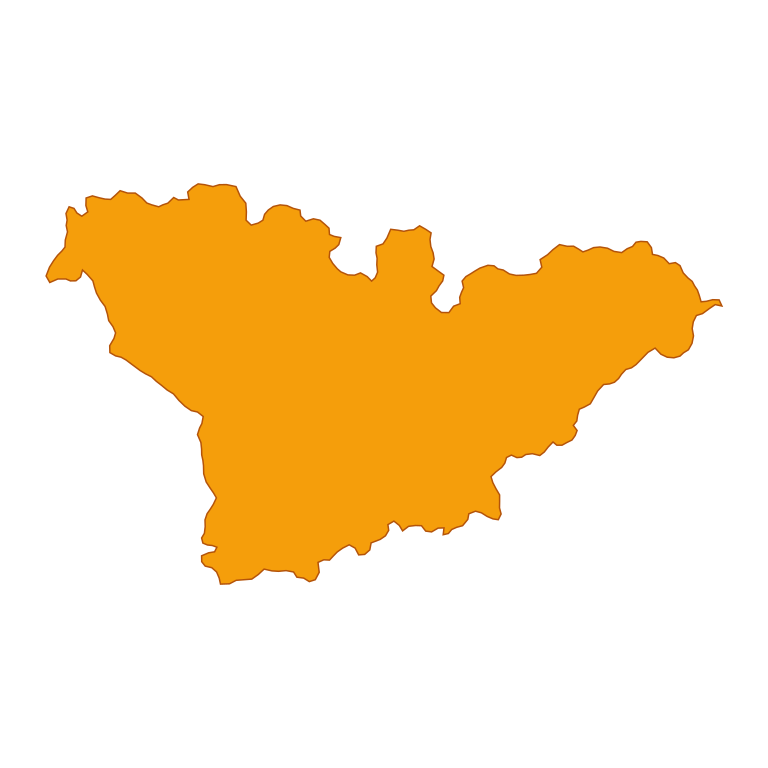 Coroaci, Minas Gerais, Brazil (Mercator projection)
{"feature_id": "56859067B21636195282600", "entity_name": "Coroaci", "entity_type": "district", "adm_level": 2, "iso_a3": "BRA", "parent_name": "Brazil", "parent_adm1": "Minas Gerais", "projection": "mercator", "projection_center": [-42.262, -18.628], "detail": "fine", "context": "isolated", "style": "filled", "palette": "amber", "viewbox_px": 768, "rotation_deg": 0, "n_neighbors": 0, "source": "geoboundaries", "source_scale": "gbopen_adm2", "svg_char_len": 4301}
<svg xmlns="http://www.w3.org/2000/svg" viewBox="0 0 768 768"><path d="M419.6,225.8L413.8,229.8L408.8,230.2L403.9,231.3L397.8,230.2L390.7,229.3L386.9,238.1L383.0,243.9L376.3,246.3L376.0,252.8L377.1,258.3L376.8,264.8L377.6,272.2L375.2,277.8L371.6,281.1L367.2,276.6L360.5,272.9L354.6,275.2L347.9,274.9L340.9,271.9L337.3,268.8L332.7,263.4L329.2,257.4L329.8,251.4L335.2,248.1L338.8,244.6L340.8,237.6L334.2,236.4L329.5,234.5L329.0,228.2L324.9,224.4L320.0,220.2L313.4,218.8L305.8,221.2L300.7,216.0L300.0,210.1L293.3,208.4L286.9,205.6L280.1,204.9L273.3,206.5L268.3,210.0L264.6,214.3L262.9,220.2L258.2,223.1L251.2,225.1L246.1,220.2L246.4,211.9L245.8,203.2L240.2,196.2L236.0,186.6L226.5,184.6L219.4,184.7L213.0,186.6L204.7,184.7L198.1,183.9L192.6,187.4L187.7,192.0L189.0,199.4L183.8,199.7L178.4,200.0L173.7,197.5L167.8,203.2L162.9,204.8L158.7,206.8L151.6,204.8L146.8,203.0L142.0,198.0L135.3,193.1L127.7,193.1L120.1,190.7L115.1,195.5L110.7,199.4L105.1,199.1L99.3,197.8L92.4,195.9L86.1,198.0L85.9,205.6L87.8,211.9L81.8,216.2L76.9,213.0L74.0,208.4L69.1,206.8L66.0,213.5L67.1,220.1L66.2,225.5L67.5,231.9L65.3,240.0L65.0,247.1L61.9,251.0L57.6,255.3L53.6,260.7L49.5,267.2L46.1,276.0L49.8,282.5L57.8,279.0L66.0,279.0L70.4,280.9L75.9,280.8L80.5,277.0L82.5,270.0L87.3,274.5L92.9,280.9L94.5,286.9L96.5,293.1L100.4,300.2L105.1,306.5L107.4,314.0L108.7,320.6L113.0,326.7L115.6,332.9L114.0,338.4L109.7,345.7L109.9,352.6L115.6,355.9L121.1,357.2L125.9,359.9L131.1,363.8L135.0,366.7L140.1,370.5L145.5,373.8L151.5,376.8L156.2,381.2L161.1,385.0L167.0,389.9L173.5,393.9L179.0,400.5L184.9,406.2L191.3,410.6L197.5,412.0L203.2,416.5L201.9,423.5L199.6,428.0L197.5,434.6L200.9,442.5L201.6,449.1L201.7,454.8L202.9,460.3L203.5,465.7L203.7,473.8L206.2,482.0L210.5,488.6L213.5,492.9L216.4,497.9L213.3,504.4L210.2,509.3L207.1,513.7L205.0,519.9L205.2,526.7L204.4,533.3L201.6,538.0L202.9,543.1L207.5,545.0L212.3,545.5L216.9,547.2L214.6,551.8L208.6,552.8L201.6,555.8L201.7,561.7L205.2,566.1L211.8,567.7L216.6,572.0L219.2,578.1L220.5,584.1L229.5,583.8L236.2,580.3L244.1,579.7L251.8,579.1L258.3,574.5L264.1,569.1L272.0,570.9L278.6,571.3L286.1,570.6L293.6,572.0L296.9,577.2L303.7,578.1L309.3,581.6L315.3,579.7L319.2,572.3L318.0,562.4L323.8,559.8L329.5,560.1L333.1,556.2L337.3,551.9L342.7,548.1L349.2,544.8L355.1,548.1L358.7,554.9L364.7,554.4L369.8,549.9L371.1,542.9L380.2,539.4L385.5,535.8L388.7,530.3L387.9,524.6L393.9,521.1L399.3,525.4L402.6,530.9L408.6,526.3L415.5,525.5L421.5,525.7L425.7,531.1L431.6,531.9L438.1,528.1L444.0,527.9L443.2,534.7L448.4,533.5L451.7,529.5L456.7,527.3L462.6,525.7L467.8,519.4L468.8,513.8L475.5,511.2L481.4,512.8L487.1,516.4L493.0,518.9L498.3,519.7L501.1,514.0L499.5,507.9L499.6,501.4L499.6,494.9L495.9,488.6L492.8,482.6L491.0,476.6L495.9,471.9L501.8,467.3L504.9,463.0L506.5,457.5L511.4,455.1L516.9,457.6L521.7,457.2L525.8,454.5L532.4,453.7L539.8,455.5L544.3,452.0L548.1,447.1L553.0,442.0L556.8,445.2L562.0,445.2L566.9,442.5L572.0,440.0L575.2,435.5L577.1,430.5L573.3,425.4L576.8,421.0L577.6,415.3L579.3,409.2L584.2,407.1L590.3,403.8L593.6,398.1L597.7,390.9L603.6,384.5L609.6,383.9L614.5,382.2L618.6,378.5L621.5,374.2L625.8,369.5L631.5,367.8L636.0,364.6L641.4,359.1L648.0,352.3L655.1,348.1L660.9,354.2L667.2,357.2L673.9,357.8L680.0,356.1L683.5,352.8L688.4,349.8L692.0,343.4L693.5,335.9L692.2,328.6L693.3,321.8L696.4,315.5L702.5,313.6L709.3,308.6L715.2,304.6L721.9,306.0L719.1,299.9L712.7,299.7L706.4,301.3L701.1,301.8L699.2,295.2L697.4,290.1L694.5,285.8L692.2,281.4L687.9,277.9L683.2,272.9L680.0,265.6L675.4,262.6L669.2,263.7L663.8,258.0L657.9,255.5L652.5,254.4L651.4,247.6L647.2,241.8L640.8,241.4L636.0,242.2L632.5,246.5L627.2,248.7L621.7,252.6L614.0,251.4L607.5,248.2L600.0,247.0L593.6,247.6L588.1,250.1L582.9,251.9L578.6,249.1L573.6,246.2L567.2,246.3L559.5,244.6L553.0,249.6L547.6,254.7L540.1,259.6L541.8,267.2L536.5,273.3L530.0,274.5L523.8,275.2L516.1,275.4L509.5,274.0L503.2,270.0L497.9,268.9L494.0,265.8L487.9,265.3L479.9,268.1L475.0,271.0L470.6,273.8L465.9,276.6L462.1,281.1L463.6,287.7L461.5,292.3L459.7,297.3L460.2,303.7L453.6,306.2L448.9,312.6L441.4,312.5L435.4,307.8L431.5,302.9L430.8,296.1L436.4,290.7L439.1,285.8L442.7,280.9L443.9,275.2L438.1,271.0L432.0,266.5L434.1,259.0L433.1,252.8L430.8,246.5L430.0,239.5L431.1,232.9L425.7,229.3L419.6,225.8Z" fill="#f59e0b" stroke="#b45309" stroke-width="1.5"/></svg>